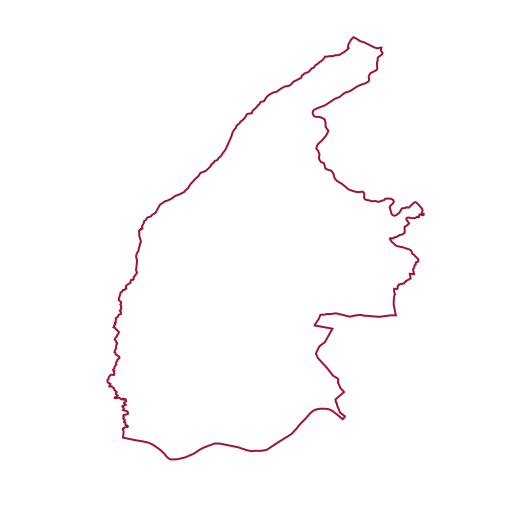 the district of Espinal, Tolima, Colombia, rotated 77°
{"feature_id": "7082276B91766477501685", "entity_name": "Espinal", "entity_type": "district", "adm_level": 2, "iso_a3": "COL", "parent_name": "Colombia", "parent_adm1": "Tolima", "projection": "robinson", "projection_center": [-74.907, 4.169], "detail": "fine", "context": "isolated", "style": "outline", "palette": "rose", "viewbox_px": 512, "rotation_deg": 77, "n_neighbors": 0, "source": "geoboundaries", "source_scale": "gbopen_adm2", "svg_char_len": 6075}
<svg xmlns="http://www.w3.org/2000/svg" viewBox="0 0 512 512"><g transform="rotate(77 256 256)"><path d="M64.7,111.9L66.6,114.7L70.4,118.2L73.1,119.5L74.4,118.9L77.2,124.3L77.9,127.0L78.7,128.8L78.8,131.6L78.2,133.4L78.5,136.0L77.7,140.1L77.8,141.9L77.2,143.8L79.4,146.1L80.9,148.8L81.3,150.4L82.4,152.2L83.6,155.4L85.4,157.0L85.9,159.9L86.8,160.8L88.5,163.6L89.1,167.7L90.7,170.9L92.0,171.5L92.6,172.2L94.8,180.9L96.5,182.7L97.6,185.5L97.3,189.8L98.4,193.7L100.6,199.1L100.6,202.6L102.0,207.3L103.6,210.1L106.9,213.3L107.0,216.8L107.4,217.4L108.9,218.6L109.4,220.0L111.3,222.2L113.8,226.7L116.0,228.0L115.6,231.6L115.8,233.0L119.1,236.1L120.6,238.5L121.6,240.9L123.0,242.2L124.1,244.6L125.1,246.0L126.5,246.7L128.1,248.9L130.3,251.0L134.2,253.2L145.7,262.0L148.8,265.9L150.6,267.4L152.2,270.4L153.6,271.7L154.3,275.1L155.5,276.2L156.7,278.9L158.0,279.7L158.6,280.5L161.1,284.6L161.9,286.5L162.6,291.6L165.4,294.3L166.5,296.6L171.3,303.8L174.5,306.8L176.0,309.7L177.5,311.7L178.7,316.6L179.3,321.2L181.1,325.4L182.1,329.8L182.2,332.4L184.4,337.8L185.1,338.7L191.3,344.2L192.8,348.5L193.8,349.3L194.1,353.2L196.3,355.5L196.8,357.1L198.9,358.1L201.5,360.5L203.7,360.4L203.9,360.8L203.5,361.9L204.7,362.7L204.5,363.5L204.7,364.0L206.1,364.5L208.2,364.6L209.4,365.2L216.3,364.9L218.4,366.6L219.3,366.7L222.6,368.7L224.5,369.3L226.6,371.5L229.3,372.9L234.1,373.0L242.9,376.1L245.5,375.6L249.4,380.1L251.3,380.5L251.6,381.3L251.2,382.4L251.4,383.4L253.9,384.4L254.9,387.5L255.8,389.2L256.7,389.7L258.5,389.7L258.6,390.7L259.5,391.7L259.2,393.3L260.7,394.7L261.1,396.1L267.5,399.6L268.4,399.4L270.4,397.9L271.2,397.9L271.8,398.1L272.7,399.1L274.5,398.5L275.3,399.2L277.0,399.2L278.7,401.0L279.4,400.2L282.1,400.6L282.3,402.8L284.4,404.7L285.0,406.6L286.4,406.8L287.5,407.4L288.8,407.4L289.5,408.0L289.4,408.6L291.1,408.6L291.6,409.8L292.9,409.9L293.4,410.8L294.7,409.4L296.0,409.0L296.5,408.2L297.8,407.8L299.2,406.7L300.9,407.6L301.9,409.3L303.2,409.7L303.8,411.1L305.7,412.5L307.7,411.4L308.8,411.6L309.6,410.9L310.1,410.9L311.5,412.3L314.1,413.0L317.8,415.6L318.7,414.8L320.4,414.9L323.2,412.0L324.2,411.8L324.9,412.3L325.7,414.3L326.9,414.7L328.5,416.5L329.9,416.3L332.5,419.0L333.6,419.2L334.6,420.8L335.5,420.8L336.0,420.0L336.9,420.6L338.5,420.4L339.6,420.8L340.0,421.5L339.1,423.4L339.3,424.8L341.1,426.8L342.9,427.5L343.1,428.4L344.3,428.9L345.9,428.9L347.7,426.6L348.3,426.8L349.4,428.1L350.2,428.2L350.5,425.9L351.9,425.2L352.9,424.1L354.8,424.2L356.5,422.6L357.2,422.4L357.8,422.6L358.1,423.5L358.8,423.6L359.6,423.4L360.8,422.2L361.9,424.0L362.0,425.4L362.5,425.6L363.0,424.7L363.3,421.1L365.5,419.3L365.6,418.6L365.0,417.5L365.3,417.1L366.4,416.8L366.0,415.6L366.2,415.2L368.4,415.3L369.3,417.6L370.2,417.6L371.7,416.5L372.4,420.1L374.7,419.0L376.1,420.2L378.6,416.2L380.7,416.1L381.2,416.6L381.2,420.8L382.4,421.4L383.2,420.9L384.2,421.9L385.2,421.6L386.3,420.7L387.0,420.9L387.9,422.0L388.5,421.8L389.0,420.8L391.3,421.2L392.3,419.5L393.4,419.2L393.8,419.8L393.5,422.0L394.3,424.7L395.0,424.8L395.7,424.3L398.8,424.9L403.0,426.5L407.8,416.2L411.7,406.8L413.9,402.4L417.2,398.3L423.7,392.6L427.4,390.2L432.0,387.9L434.0,386.3L435.1,384.6L436.3,378.9L436.3,370.5L434.7,361.3L431.9,353.9L430.9,349.9L429.4,338.8L429.6,337.4L430.9,332.8L438.2,316.7L443.0,308.8L445.1,304.7L445.7,300.4L446.8,295.7L447.3,291.4L447.2,288.9L442.6,276.6L437.5,261.6L433.5,255.6L430.1,251.4L425.1,243.5L421.9,239.4L419.6,235.1L419.0,231.8L419.3,227.5L420.2,223.7L421.1,220.8L422.2,218.7L425.0,215.6L434.5,208.2L433.0,205.9L432.1,205.5L427.3,209.5L422.7,210.0L420.1,210.6L417.8,210.4L416.6,211.0L413.6,210.8L408.3,200.8L403.2,203.7L401.0,203.8L397.8,204.6L396.7,204.4L395.6,203.6L394.4,203.7L393.3,204.3L390.3,207.6L389.1,208.3L381.0,212.0L369.5,218.6L365.0,219.5L363.9,219.2L358.8,215.0L357.8,213.7L355.5,208.3L344.0,197.9L336.9,214.4L335.9,213.8L331.3,208.9L327.8,206.4L328.5,202.6L328.5,199.3L329.3,197.0L329.7,191.8L330.2,190.1L336.3,178.1L336.2,173.4L336.7,168.9L337.2,166.5L338.4,164.6L339.1,161.7L343.0,149.7L344.1,138.0L345.3,133.1L334.3,132.8L327.9,131.1L325.8,130.2L324.5,129.2L321.8,129.4L319.0,128.8L319.8,126.2L319.7,125.5L316.9,124.5L316.7,123.6L315.8,122.9L316.0,117.8L314.9,116.9L314.8,116.0L314.2,115.8L312.7,110.4L307.9,110.1L309.2,106.1L304.3,106.0L302.7,104.4L300.8,103.6L300.1,102.3L298.2,101.7L297.9,99.2L295.9,98.6L289.8,102.2L289.1,103.2L286.1,103.4L284.6,104.4L280.8,110.5L278.0,116.6L276.7,117.8L272.2,120.8L269.3,121.7L268.9,121.3L269.7,118.2L269.1,117.3L269.0,114.5L267.8,111.3L268.0,108.4L267.2,107.0L267.0,106.0L260.8,104.6L260.8,103.7L259.5,100.7L258.5,99.5L254.6,101.2L253.6,101.2L253.0,100.8L252.7,100.0L252.8,98.9L254.5,94.7L254.7,91.8L254.1,90.1L254.8,89.1L254.7,88.5L253.1,87.9L252.3,87.0L252.4,86.3L253.7,84.9L253.8,83.6L252.7,83.1L252.1,84.4L251.1,84.6L249.1,83.4L247.0,83.7L242.6,86.0L239.9,87.9L239.5,88.3L239.4,89.3L239.5,90.0L243.1,96.0L243.1,96.9L242.3,98.5L242.8,99.9L242.4,103.1L246.1,106.6L247.8,110.3L247.9,112.2L247.0,113.5L245.5,114.4L238.6,114.8L237.2,113.7L235.8,111.1L234.6,109.9L233.9,109.4L232.3,109.7L230.6,111.5L229.5,115.4L229.3,117.3L230.3,118.4L230.8,124.8L229.4,126.9L228.7,131.0L227.2,133.2L226.3,135.7L224.8,137.3L223.4,137.6L220.4,136.6L219.5,136.6L218.1,136.9L217.3,137.5L216.9,141.3L215.9,144.4L212.2,150.6L204.9,156.2L201.2,160.1L199.0,161.4L196.2,162.1L193.5,162.0L189.8,163.4L187.1,168.1L186.4,168.7L180.8,168.9L179.1,171.5L176.0,172.7L173.6,172.3L171.5,171.3L167.0,171.9L165.5,173.0L164.0,172.8L162.0,171.5L160.6,169.9L157.9,165.2L154.1,160.3L150.3,157.3L145.6,159.2L142.8,158.4L138.7,158.2L137.4,159.2L135.0,162.4L133.7,166.7L133.0,167.6L132.0,168.3L129.8,168.6L128.6,168.4L127.3,167.6L126.6,166.4L126.0,164.2L124.7,154.9L120.5,143.5L119.9,138.8L117.0,133.0L116.4,126.8L113.6,119.5L112.6,114.5L112.3,110.1L111.5,107.9L110.8,106.6L109.9,106.1L107.5,106.0L105.9,105.6L103.6,103.4L102.2,97.5L101.2,95.8L94.6,94.6L93.1,93.5L90.4,92.9L89.8,92.3L88.0,88.0L86.7,87.0L84.2,88.0L82.3,87.6L81.2,86.9L80.8,88.6L81.1,90.6L79.4,93.8L72.2,102.5L70.0,106.3L67.1,108.9L64.7,111.9Z" fill="none" stroke="#9f1239" stroke-width="2"/></g></svg>